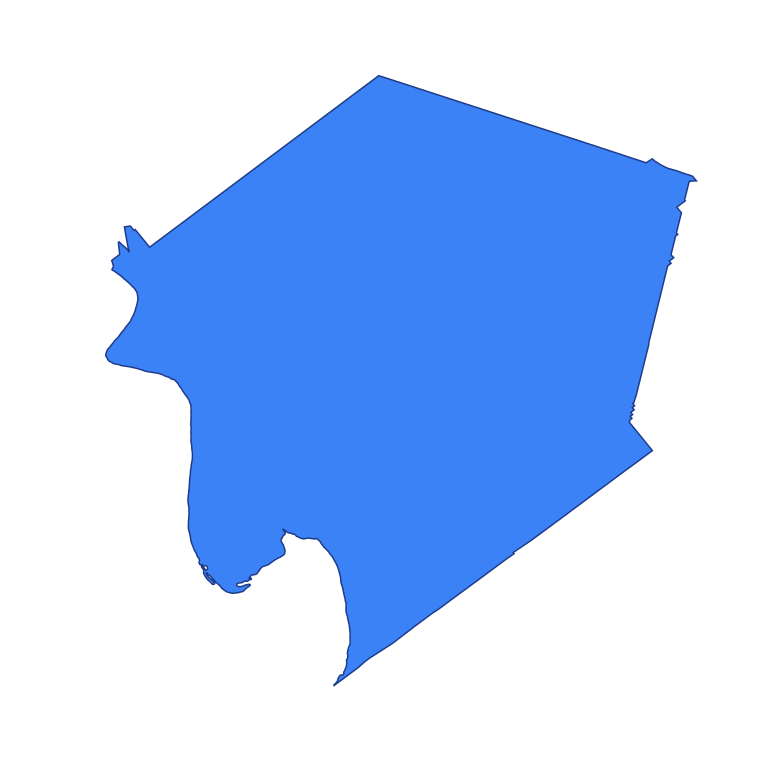 Belmont, Western Australia, Australia (Natural Earth projection), rotated 277°
{"feature_id": "25037944B8488281546819", "entity_name": "Belmont", "entity_type": "district", "adm_level": 2, "iso_a3": "AUS", "parent_name": "Australia", "parent_adm1": "Western Australia", "projection": "natural_earth1", "projection_center": [115.924, -31.954], "detail": "fine", "context": "isolated", "style": "filled", "palette": "blue", "viewbox_px": 768, "rotation_deg": 277, "n_neighbors": 0, "source": "geoboundaries", "source_scale": "gbopen_adm2", "svg_char_len": 6147}
<svg xmlns="http://www.w3.org/2000/svg" viewBox="0 0 768 768"><g transform="rotate(277 384 384)"><path d="M464.3,100.0L463.8,100.8L463.0,102.9L461.9,104.8L460.5,107.2L460.0,108.4L459.2,109.6L456.9,112.8L455.4,115.3L454.9,115.9L453.6,118.0L449.5,123.2L448.3,124.8L447.7,125.4L446.8,126.0L446.2,126.6L444.1,128.0L438.7,129.4L435.1,129.3L433.2,129.1L432.0,129.0L429.2,128.4L426.9,128.2L423.7,127.4L420.1,126.3L418.4,125.5L415.7,124.8L414.8,124.3L410.6,121.7L407.9,120.1L406.3,119.4L403.3,117.3L401.7,116.4L398.4,114.7L396.7,113.5L394.7,111.8L386.4,106.8L385.2,105.8L382.5,104.8L381.1,104.5L378.6,104.3L377.7,104.6L376.5,105.7L375.0,106.6L374.2,107.2L373.0,108.5L372.7,109.8L372.2,111.2L371.3,113.0L371.2,113.7L370.9,118.4L370.6,119.9L370.3,120.9L370.3,121.3L370.0,130.7L369.8,131.1L369.7,131.4L369.8,133.0L369.6,134.5L369.0,139.2L368.3,142.7L368.0,143.8L367.7,145.7L367.4,148.7L367.4,151.0L367.3,152.5L367.1,157.9L366.8,160.2L366.3,162.9L366.0,163.8L365.5,164.8L364.7,168.1L364.7,168.8L364.1,170.8L363.6,171.5L363.2,172.0L363.1,172.3L362.9,173.1L363.0,174.1L362.9,174.9L361.9,176.5L361.0,177.5L359.3,179.6L357.5,180.8L355.9,182.2L355.6,182.6L354.6,183.5L354.1,184.1L352.5,185.0L346.0,191.1L344.4,192.3L341.3,193.9L339.7,194.8L337.4,195.3L336.3,195.4L335.1,195.7L332.5,195.8L329.6,196.4L326.1,196.6L325.0,196.8L322.3,197.0L321.1,197.0L315.8,198.1L313.4,198.1L308.1,199.0L304.0,199.3L302.7,199.6L300.0,200.5L296.2,201.2L292.3,202.2L289.6,202.6L288.6,202.6L287.6,202.8L286.6,202.9L283.8,202.8L280.1,202.6L277.4,202.7L274.5,202.5L273.0,202.6L270.5,202.8L266.3,202.7L256.4,203.3L255.5,203.2L251.7,203.4L250.2,203.3L245.4,203.5L242.0,204.1L237.2,205.5L233.3,206.0L232.1,206.3L223.1,206.7L220.4,207.1L218.5,207.2L217.1,207.4L216.0,207.7L209.1,210.4L207.1,210.8L204.4,211.7L203.4,212.1L201.9,212.8L195.7,216.2L193.0,218.3L189.8,219.9L189.0,220.9L187.7,221.9L187.1,222.2L186.5,222.4L185.8,222.4L185.0,222.1L183.7,222.3L182.3,223.4L182.2,223.8L182.4,224.3L182.4,225.4L182.2,226.0L181.6,227.2L181.8,228.5L181.8,229.9L181.7,230.2L180.6,231.0L180.0,231.3L178.6,231.4L178.1,230.9L177.8,230.3L177.7,229.9L177.7,229.6L177.9,229.3L178.5,228.8L179.2,228.1L179.9,227.5L180.8,226.5L181.2,225.6L181.2,225.3L181.0,225.0L180.0,225.3L178.5,226.8L177.9,227.3L176.8,227.7L176.0,227.9L174.9,227.9L174.3,228.0L172.8,228.9L169.9,231.1L167.8,233.4L166.4,235.6L164.4,238.0L164.2,238.3L164.2,238.7L164.4,239.4L164.6,239.8L165.3,240.4L166.2,240.1L167.4,238.5L168.0,237.6L168.5,237.1L169.1,236.2L170.0,234.7L171.9,232.4L172.2,232.2L172.7,232.0L173.1,231.7L174.3,230.6L174.6,230.6L175.0,231.0L174.8,231.6L174.0,232.1L173.3,232.9L172.7,234.5L172.1,235.3L170.8,236.6L170.2,237.5L169.0,238.7L168.5,239.3L168.1,239.9L167.3,240.8L164.7,244.2L164.2,245.1L163.7,245.9L161.6,247.7L159.5,251.2L158.4,253.8L158.3,255.1L157.9,257.4L157.8,259.1L158.6,262.8L159.3,265.2L160.3,267.7L160.7,268.9L161.3,269.7L163.5,271.4L165.2,273.0L165.5,273.4L166.8,274.9L167.6,275.5L167.8,275.6L168.5,275.6L168.7,275.3L168.8,274.6L167.4,270.4L166.3,268.6L165.8,267.5L165.2,265.4L165.2,264.7L165.4,263.7L165.8,262.8L165.9,262.6L166.8,262.1L167.5,262.3L167.9,262.7L168.6,263.8L168.8,264.1L169.1,265.8L169.7,267.7L170.4,268.4L170.7,268.5L171.2,269.0L171.3,269.4L171.4,269.7L171.4,271.8L171.5,272.1L172.0,273.0L172.5,273.4L173.1,274.3L174.0,276.1L174.4,276.1L175.2,275.6L174.9,274.4L174.9,273.7L175.2,273.8L176.3,274.6L178.0,275.5L178.2,276.0L178.5,277.2L179.4,279.9L180.0,280.7L181.1,281.5L182.2,282.0L183.4,282.8L186.2,284.2L187.5,285.3L188.3,286.5L189.2,288.6L190.0,290.2L191.1,291.9L192.6,293.3L195.8,296.8L197.9,299.5L199.2,301.7L200.0,302.7L201.8,304.9L202.9,305.8L203.5,306.0L204.2,306.1L206.1,306.1L207.7,305.8L209.3,304.9L210.0,304.4L211.0,304.2L211.9,303.8L213.6,302.4L215.4,301.1L216.2,300.8L217.0,300.9L218.0,301.4L220.5,302.2L220.8,302.3L221.8,303.2L223.3,304.3L224.5,303.9L226.4,302.2L227.4,301.5L227.6,301.7L227.4,302.3L225.6,305.1L225.0,306.3L224.7,306.9L224.4,310.1L224.0,311.9L223.8,313.8L223.6,314.4L223.5,314.6L222.7,315.1L222.2,315.7L222.1,316.0L221.5,318.3L220.8,320.1L220.6,321.6L220.5,322.4L220.7,323.4L220.7,324.1L221.4,325.9L221.8,327.8L221.9,328.6L221.9,329.8L221.7,331.0L221.8,333.2L221.8,334.2L222.2,335.6L222.2,335.9L222.1,336.2L221.7,337.2L219.9,339.7L217.9,341.2L214.8,344.2L212.7,347.0L211.0,349.1L208.0,351.9L205.9,354.2L203.4,355.8L199.6,358.6L196.9,360.2L193.3,361.9L187.7,364.1L185.7,364.7L183.5,365.2L182.6,365.3L181.5,365.6L180.5,366.0L178.3,367.1L175.3,368.3L170.6,369.8L165.9,371.6L163.8,372.1L161.7,373.1L161.0,373.3L157.9,373.5L153.9,373.9L153.1,374.3L151.0,374.9L149.3,375.9L147.7,376.3L144.7,377.3L141.3,378.6L138.8,379.3L131.1,381.0L129.5,381.0L126.7,381.5L121.6,382.0L118.4,381.0L115.4,380.6L112.1,380.5L110.9,380.8L110.3,381.1L109.2,381.3L108.2,381.4L106.8,381.0L106.0,380.6L104.9,380.5L102.7,381.0L100.3,381.1L99.0,381.0L98.0,380.8L96.3,380.2L96.0,380.2L95.2,380.0L94.4,379.8L93.6,379.3L93.3,379.2L91.3,379.4L91.0,379.3L90.2,378.7L90.1,377.2L89.9,376.6L89.4,376.0L88.6,375.4L86.6,374.5L83.7,374.0L82.9,373.7L80.9,372.4L79.2,370.9L78.6,371.2L80.1,372.7L97.7,391.2L100.5,394.0L105.3,398.1L110.0,402.9L127.3,423.7L147.0,443.8L160.0,457.4L162.6,460.2L163.8,461.5L165.2,463.4L169.6,468.2L177.2,476.1L203.3,503.8L226.8,528.5L231.4,533.8L232.4,532.7L246.7,549.1L271.3,575.1L290.4,595.1L320.4,626.6L322.9,629.2L334.3,641.3L350.6,658.5L375.8,632.3L377.9,632.2L380.0,634.3L381.9,632.3L383.9,634.5L385.9,632.4L388.9,635.4L390.9,633.3L392.9,635.4L394.9,633.3L395.8,634.2L403.5,635.7L455.5,642.0L457.5,641.8L535.5,651.1L536.4,651.8L538.8,654.2L540.8,652.2L544.7,656.2L547.2,653.1L566.4,655.4L568.2,657.3L569.6,655.8L590.2,658.3L595.2,653.0L602.5,660.7L603.3,659.9L622.2,662.2L623.1,665.3L623.6,668.5L623.7,669.3L627.8,665.0L630.0,654.2L631.3,648.5L632.6,639.9L633.5,636.8L635.4,631.6L636.8,628.8L638.2,625.7L640.2,622.8L635.5,617.2L636.9,610.2L637.4,608.1L638.0,604.5L638.4,602.7L647.8,555.2L689.4,341.2L491.2,134.7L507.0,118.2L505.9,117.2L509.9,113.0L508.3,107.2L500.2,109.6L490.4,112.7L486.8,114.0L483.8,115.2L486.6,112.5L487.9,110.7L490.8,106.3L492.8,103.8L492.0,103.1L480.4,105.9L473.5,98.7L467.9,101.2L464.3,100.0Z" fill="#3b82f6" stroke="#1e3a8a" stroke-width="1.5"/></g></svg>